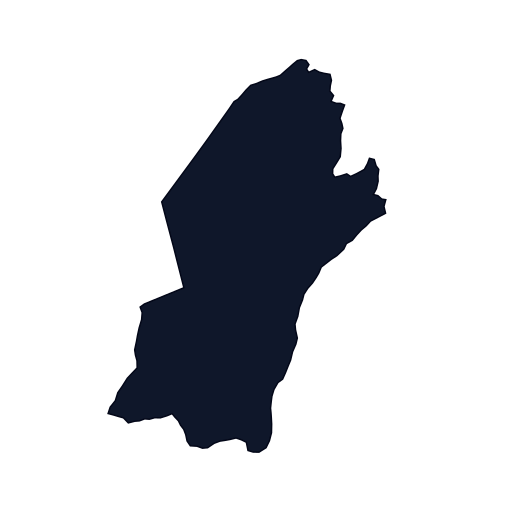 outline of Sapé, Paraíba, Brazil, rotated 200°
{"feature_id": "56859067B23946406299674", "entity_name": "Sapé", "entity_type": "district", "adm_level": 2, "iso_a3": "BRA", "parent_name": "Brazil", "parent_adm1": "Paraíba", "projection": "equal_earth", "projection_center": [-35.211, -7.059], "detail": "fine", "context": "isolated", "style": "filled", "palette": "ink", "viewbox_px": 512, "rotation_deg": 200, "n_neighbors": 0, "source": "geoboundaries", "source_scale": "gbopen_adm2", "svg_char_len": 2049}
<svg xmlns="http://www.w3.org/2000/svg" viewBox="0 0 512 512"><g transform="rotate(200 256 256)"><path d="M290.6,71.2L285.2,75.3L280.9,79.2L277.3,77.0L272.5,74.6L269.0,71.2L264.6,68.4L260.9,64.1L257.5,58.6L252.8,55.2L246.4,57.1L240.6,57.1L235.9,59.3L231.3,65.7L226.6,69.7L222.2,72.1L217.9,74.6L212.5,78.2L207.0,78.3L201.4,77.7L197.0,70.5L191.7,70.8L186.1,72.7L181.0,79.3L180.2,87.0L181.0,95.2L183.8,103.4L186.4,109.5L188.4,114.0L190.3,118.0L191.9,124.4L193.1,129.7L193.5,136.7L192.1,144.6L188.9,149.4L188.4,156.4L188.2,163.3L187.9,170.0L188.9,178.5L188.4,186.8L189.1,193.0L193.6,200.1L196.1,205.4L196.1,213.6L197.6,222.3L197.3,230.6L197.9,236.4L196.3,243.4L193.7,250.0L192.1,256.5L191.2,261.5L190.9,267.9L184.2,278.6L180.2,283.9L175.9,292.4L175.3,298.6L170.9,303.7L168.6,310.3L166.0,316.5L162.8,322.1L160.4,327.9L148.9,340.5L152.7,346.3L153.3,353.3L157.3,352.5L162.1,354.4L166.8,353.9L165.9,360.5L166.8,368.0L168.8,373.0L170.3,379.4L174.0,381.8L177.9,387.1L182.8,386.6L182.8,381.0L183.8,374.4L189.5,367.9L194.3,363.1L198.8,364.2L204.2,360.0L208.9,357.0L212.1,359.4L213.7,364.2L212.2,371.1L210.8,378.1L212.9,386.1L216.0,393.3L218.1,399.9L218.0,405.6L220.7,409.9L224.2,414.1L224.4,421.9L224.4,428.2L229.0,428.3L232.7,426.9L238.4,426.9L238.0,433.3L243.0,436.2L244.4,441.3L245.2,446.9L248.6,452.0L254.7,450.9L259.5,450.4L264.6,451.2L269.3,446.6L272.5,449.0L271.7,453.9L275.9,456.8L280.7,456.0L284.0,453.7L286.9,448.8L289.3,444.3L291.6,440.2L294.9,434.1L298.1,431.2L301.8,428.5L305.2,426.1L309.7,422.7L314.9,417.9L319.3,414.6L322.1,408.5L324.4,402.3L326.6,397.0L329.4,393.6L331.6,384.7L342.1,346.6L348.5,324.3L363.1,274.6L352.3,258.9L336.3,235.9L329.6,226.0L312.9,201.5L344.5,172.7L347.4,168.4L343.6,163.9L341.7,157.0L341.2,148.5L340.1,140.5L339.1,134.9L337.9,126.3L335.4,121.7L332.0,116.9L329.4,110.2L332.3,103.6L335.1,97.1L337.1,87.9L339.1,80.4L338.7,71.9L341.3,64.1L341.1,57.4L335.5,57.9L330.2,58.2L325.2,58.6L318.9,55.5L313.4,59.3L309.2,61.2L304.9,64.9L300.3,66.2L295.9,69.4L290.6,71.2Z" fill="#0f172a" stroke="#020617" stroke-width="1.5"/></g></svg>